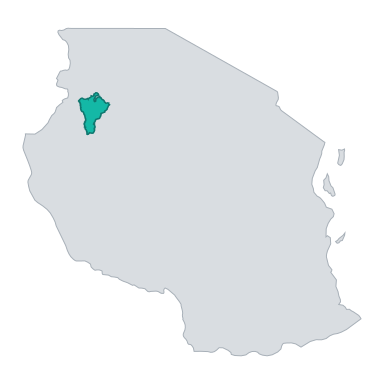 Bukombe, Geita, United Republic of Tanzania shown in context
{"feature_id": "72390352B18842274411831", "entity_name": "Bukombe", "entity_type": "district", "adm_level": 2, "iso_a3": "TZA", "parent_name": "United Republic of Tanzania", "parent_adm1": "Geita", "projection": "albers", "projection_center": [31.534, -3.788], "detail": "fine", "context": "in_parent", "style": "filled", "palette": "teal", "viewbox_px": 384, "rotation_deg": 0, "n_neighbors": 0, "source": "geoboundaries", "source_scale": "gbopen_adm2", "svg_char_len": 8068}
<svg xmlns="http://www.w3.org/2000/svg" viewBox="0 0 384 384"><path d="M132.5,285.3L127.5,282.7L123.0,281.1L119.4,279.3L117.7,277.6L114.3,277.0L111.3,276.7L108.5,275.1L102.8,274.5L102.2,273.4L102.1,271.1L101.1,270.5L99.1,269.9L96.8,269.9L95.5,270.2L94.7,270.1L92.8,268.7L91.1,266.9L90.5,264.1L87.9,262.3L84.9,260.9L76.5,261.0L75.2,260.6L73.3,259.2L70.9,256.8L69.1,254.1L67.4,250.5L65.7,245.5L56.2,225.9L55.2,222.2L53.3,218.1L50.3,213.0L47.0,209.3L42.6,205.8L37.6,202.5L34.9,200.2L29.8,190.9L28.7,186.6L27.9,182.1L28.2,180.3L31.4,174.5L31.7,172.8L31.3,170.6L29.8,166.0L27.7,160.4L23.6,150.2L23.0,147.7L23.1,145.7L25.5,135.4L25.4,133.9L35.0,134.1L42.0,129.5L48.1,122.7L49.3,119.9L51.8,115.5L54.2,113.4L55.2,111.9L56.6,107.5L59.8,104.6L62.9,102.3L62.2,100.7L62.7,100.1L64.4,99.0L67.7,97.9L68.4,95.6L68.4,93.0L67.8,91.6L67.9,89.9L67.4,89.0L65.2,88.8L62.0,87.5L59.3,87.0L57.5,86.2L56.8,85.7L56.5,84.1L58.0,80.1L56.5,78.5L59.9,71.9L60.5,71.1L61.7,71.0L63.6,70.3L65.4,70.0L66.8,70.3L67.9,70.0L68.9,69.2L69.7,67.0L70.3,63.3L70.0,60.2L68.6,57.9L68.2,54.3L68.8,49.5L68.4,45.5L66.8,42.3L65.2,40.5L62.8,39.6L59.0,34.7L57.9,32.3L58.1,30.9L59.4,30.2L61.8,30.5L64.1,29.9L66.2,28.6L68.2,28.2L69.3,28.4L165.3,28.5L277.1,91.5L277.6,92.3L278.4,97.7L278.2,99.5L276.5,102.6L276.0,104.2L275.9,105.3L276.4,105.8L277.8,106.0L279.1,106.7L279.5,107.3L280.5,109.6L281.7,110.8L323.9,141.8L324.9,142.3L324.3,144.9L321.8,151.1L321.7,153.7L320.7,156.7L319.8,158.7L317.3,167.5L315.2,170.8L312.3,178.4L311.8,184.3L313.3,188.5L313.9,192.3L317.1,196.1L319.7,197.5L321.5,199.3L324.6,203.2L326.3,207.2L331.9,209.2L334.1,213.7L333.3,216.7L330.7,219.2L328.2,223.3L326.2,228.7L326.0,236.9L327.4,235.7L330.3,237.7L330.7,243.8L327.5,250.8L326.6,254.1L326.4,256.9L328.5,265.4L331.9,269.7L331.6,271.1L330.7,272.2L336.4,279.9L335.9,286.5L338.0,291.6L338.9,296.1L340.3,299.5L340.5,301.9L338.7,304.5L342.9,305.2L345.4,307.3L346.5,309.4L349.5,309.3L351.2,310.7L353.5,311.9L358.7,315.4L360.1,317.2L361.0,318.8L346.5,329.5L341.2,332.2L337.5,333.5L333.5,334.2L329.8,335.8L326.2,338.5L321.6,339.8L316.1,339.7L310.2,341.5L301.0,347.1L295.7,343.9L291.5,342.9L286.7,343.0L283.7,343.3L282.7,344.0L281.7,345.9L280.9,349.0L277.7,352.0L272.2,354.8L267.1,355.8L262.4,355.1L259.3,353.9L257.6,352.2L255.2,351.4L252.0,351.5L248.9,352.7L245.9,354.9L241.2,355.8L234.8,355.5L231.3,354.4L230.9,352.5L228.1,350.3L222.9,347.8L219.1,347.7L216.6,350.1L214.4,351.6L212.4,352.2L210.6,352.3L208.0,351.6L200.8,351.3L194.1,351.4L193.4,347.9L192.0,345.8L190.8,344.6L188.5,344.2L187.8,343.3L187.1,341.1L185.9,339.2L184.4,337.7L183.5,336.3L183.2,335.0L183.4,333.5L184.9,330.0L185.3,327.6L185.2,325.0L184.4,322.5L182.8,319.4L183.0,318.5L182.5,316.5L182.4,315.0L182.7,313.2L182.4,310.8L181.1,305.7L181.1,304.4L179.6,301.9L175.2,296.0L174.9,295.3L167.9,289.3L165.1,288.0L164.1,289.1L163.7,290.2L164.0,292.1L163.8,293.0L163.5,293.4L161.8,293.4L160.8,293.1L158.1,291.5L156.1,291.1L150.9,291.4L149.1,291.8L147.7,291.4L144.9,288.7L141.7,288.1L138.9,288.0L134.1,284.9L132.5,285.3ZM332.9,187.7L335.1,194.2L334.8,195.4L333.2,196.2L332.3,196.2L331.3,195.2L330.6,193.0L329.3,193.5L327.2,190.8L325.1,190.7L323.3,187.6L324.1,184.8L323.7,180.2L326.0,177.8L327.3,173.8L328.7,176.6L329.0,180.8L331.0,185.9L332.9,187.7ZM344.5,149.0L344.6,150.6L344.1,152.0L344.2,156.6L344.0,159.7L342.2,163.9L340.8,165.4L339.5,165.0L338.5,164.3L337.7,163.1L339.4,155.3L338.6,149.6L341.9,150.2L344.5,149.0ZM338.9,242.8L337.2,243.2L336.6,242.8L335.6,241.5L337.4,240.5L339.1,238.4L343.1,235.3L344.9,232.9L344.6,235.3L342.3,240.5L340.4,240.9L338.9,242.8Z" fill="#d9dde1" stroke="#a8b0b8" stroke-width="1"/><path d="M99.7,96.3L99.1,96.6L98.6,97.0L98.2,97.2L98.0,97.3L97.6,97.4L96.9,98.1L96.6,98.2L96.3,98.4L96.2,98.5L96.3,98.6L96.2,98.8L96.0,99.1L95.9,99.1L95.7,99.7L95.6,100.2L95.7,100.3L95.7,100.5L95.8,100.8L95.7,101.1L95.6,101.3L95.4,101.4L95.2,101.4L94.8,101.6L94.6,101.4L94.4,101.4L94.2,101.1L94.1,100.9L94.2,100.7L94.1,100.1L93.9,99.9L93.9,99.6L94.1,99.3L94.2,99.1L94.2,98.8L94.4,98.5L94.5,98.2L94.7,97.8L95.0,97.6L95.0,97.3L95.3,96.9L95.4,96.5L95.4,96.4L95.7,96.2L95.9,96.0L96.2,95.9L96.5,95.8L96.8,95.6L97.0,95.6L97.4,95.5L97.6,95.4L98.3,95.2L98.5,95.0L98.6,94.9L98.5,94.7L98.5,94.4L98.2,93.8L97.8,93.6L97.7,93.5L97.1,92.9L96.4,92.8L95.7,92.8L94.7,93.9L94.2,93.9L94.0,94.0L94.0,94.5L93.8,94.9L94.0,95.2L94.0,95.3L93.8,95.4L93.2,96.0L92.8,96.3L92.7,96.3L91.2,95.8L91.2,96.2L91.2,96.3L91.1,96.6L91.0,96.8L90.8,97.2L90.3,97.4L89.9,97.7L89.3,97.9L89.1,98.2L88.8,98.3L88.3,98.8L88.2,99.1L88.1,98.9L87.6,98.6L87.4,98.5L87.2,98.7L86.7,99.0L86.4,99.1L85.4,99.3L84.3,99.2L83.7,99.1L83.2,98.8L82.9,98.5L82.4,98.2L82.1,98.2L81.8,98.2L81.5,98.3L80.8,98.6L78.9,100.5L78.7,100.7L78.7,100.9L78.8,100.9L78.7,101.0L78.9,101.2L78.9,101.3L79.0,101.4L79.0,101.5L79.3,101.7L79.2,101.8L79.2,102.0L79.4,102.2L79.8,102.2L80.0,102.4L80.1,102.9L80.1,103.0L80.0,103.3L80.5,103.7L80.6,104.0L80.6,104.5L80.2,104.7L80.1,105.0L80.3,105.4L80.7,105.7L80.7,105.8L80.6,106.0L80.5,106.6L80.6,106.8L80.8,107.2L80.6,107.2L80.6,107.3L80.6,107.6L80.6,107.9L80.7,108.0L80.6,108.4L80.6,108.6L80.7,108.9L80.9,109.0L81.0,109.3L80.9,109.6L81.0,109.7L80.9,109.9L81.0,110.1L81.1,110.3L81.2,110.5L81.4,110.8L81.7,111.2L81.8,111.1L82.1,111.4L82.6,111.6L83.1,111.8L83.2,112.0L83.3,112.2L83.3,112.5L83.8,113.1L83.8,113.9L84.1,114.2L84.1,114.4L84.4,114.6L84.6,114.9L84.7,115.3L84.6,115.5L84.8,115.7L84.9,115.9L84.9,116.0L84.9,116.3L85.0,116.7L84.9,116.9L85.2,117.4L85.2,117.7L85.4,118.1L85.3,118.4L85.6,118.7L85.6,118.9L85.7,119.0L85.7,119.3L85.6,119.5L85.7,119.8L85.6,120.0L85.6,120.4L85.7,120.5L85.8,120.7L85.5,121.1L85.4,121.1L85.3,121.3L85.1,121.3L85.0,121.5L85.1,121.8L84.9,121.8L84.7,122.0L84.8,122.1L84.7,122.2L84.8,122.3L84.6,122.7L84.7,122.9L84.6,123.1L84.5,123.4L84.5,123.6L84.3,123.7L84.4,123.8L84.3,124.0L84.2,124.2L84.3,124.3L84.2,124.4L84.3,124.7L84.4,124.8L84.5,124.8L84.5,125.1L84.7,125.4L84.6,125.5L84.7,125.8L84.7,126.1L84.8,126.3L84.6,126.7L84.8,126.7L84.8,126.8L84.7,126.9L84.8,127.0L85.0,127.2L85.4,127.3L85.2,127.6L85.4,127.6L85.3,127.8L85.3,128.1L85.3,128.4L85.3,128.6L85.3,128.8L85.3,129.0L85.4,129.3L86.0,129.6L86.2,129.8L86.2,130.1L86.3,130.5L86.8,131.1L86.9,131.3L86.9,131.5L86.7,131.7L87.0,132.1L86.9,132.2L86.9,132.3L86.9,132.8L87.0,133.0L86.9,133.4L87.1,133.7L87.2,134.0L87.1,134.3L87.5,134.4L87.7,134.1L88.0,134.1L88.3,134.2L88.5,134.1L88.9,133.5L89.3,133.2L89.3,132.9L89.4,132.7L89.6,132.6L90.9,133.1L91.5,133.1L91.9,133.2L92.2,133.2L92.4,133.2L92.5,133.1L92.9,133.1L93.2,133.0L93.8,131.9L94.1,131.7L94.2,131.1L94.4,130.8L94.7,129.9L94.5,129.6L94.3,129.4L94.2,129.3L94.2,128.6L94.3,128.6L94.5,128.6L94.6,128.3L94.9,127.8L94.8,127.7L94.6,127.5L94.6,127.3L94.9,127.0L95.0,126.9L94.9,126.7L95.0,126.6L95.0,126.4L94.9,126.3L94.8,125.8L94.7,125.7L94.5,125.1L94.5,124.8L94.5,124.7L94.4,124.8L94.3,124.7L93.8,124.5L93.5,124.2L93.6,123.9L93.9,123.6L94.1,123.6L94.0,123.4L93.9,123.1L94.2,122.7L94.3,122.3L94.7,122.1L94.9,121.9L95.0,121.4L95.3,121.0L95.3,120.7L95.4,120.3L95.5,120.2L95.4,120.1L95.5,119.9L95.6,119.7L95.8,119.5L95.9,119.4L96.1,119.3L96.3,119.2L96.5,119.2L96.9,119.2L97.2,119.1L97.3,119.0L97.4,118.8L97.7,118.7L97.8,118.7L98.1,118.6L98.4,118.8L98.6,118.7L99.5,118.4L99.6,118.2L99.7,117.9L99.7,117.7L99.8,117.6L99.9,117.3L100.1,117.0L100.3,116.9L100.4,116.5L100.6,116.3L100.5,115.9L100.7,115.6L100.8,115.5L100.9,115.2L101.0,115.0L101.0,114.9L101.1,114.5L100.9,114.2L100.9,113.8L100.9,113.5L102.0,113.1L102.6,113.0L102.8,112.9L103.3,112.6L103.7,112.4L104.3,112.2L104.7,112.2L104.9,111.7L104.8,111.2L104.9,110.9L105.1,110.9L106.1,110.2L106.7,109.7L107.1,109.3L107.0,109.0L107.0,108.9L107.1,108.7L107.3,108.4L107.4,108.1L107.6,107.8L107.7,107.4L108.1,106.7L108.2,106.1L108.7,105.5L109.5,104.8L108.8,104.3L108.7,104.0L108.7,103.6L108.8,103.1L107.7,102.9L107.2,102.9L106.7,103.2L105.7,103.2L105.2,102.3L105.1,102.2L104.6,102.2L104.4,101.9L104.3,101.6L104.2,101.0L104.1,100.7L103.6,100.2L103.4,100.0L103.1,99.8L102.4,99.7L102.1,99.5L101.8,98.9L101.4,98.5L101.2,98.0L101.0,97.7L100.2,97.8L100.0,97.6L99.9,97.4L100.0,97.1L99.9,96.6L99.7,96.3Z" fill="#14b8a6" stroke="#0f766e" stroke-width="1.5"/></svg>